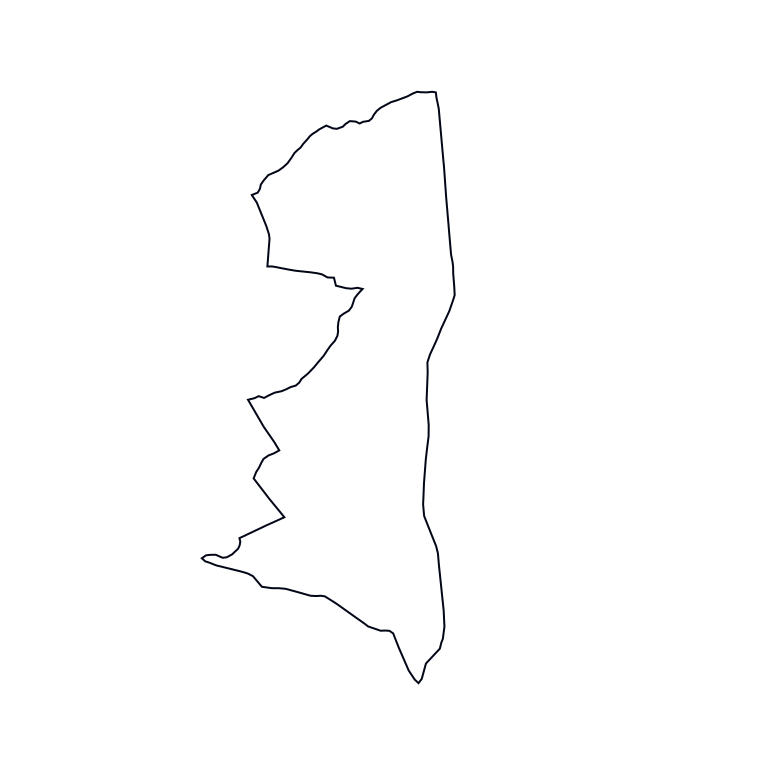 Roysambu, Nairobi, Kenya (orthographic projection), rotated 312°
{"feature_id": "3690345B88472168203612", "entity_name": "Roysambu", "entity_type": "district", "adm_level": 2, "iso_a3": "KEN", "parent_name": "Kenya", "parent_adm1": "Nairobi", "projection": "orthographic", "projection_center": [36.883, -1.208], "detail": "fine", "context": "isolated", "style": "outline", "palette": "ink", "viewbox_px": 768, "rotation_deg": 312, "n_neighbors": 0, "source": "geoboundaries", "source_scale": "gbopen_adm2", "svg_char_len": 2482}
<svg xmlns="http://www.w3.org/2000/svg" viewBox="0 0 768 768"><g transform="rotate(312 384 384)"><path d="M436.0,159.3L433.7,168.1L422.6,190.9L418.3,198.3L415.4,201.7L393.3,218.7L396.4,222.1L398.5,225.3L400.5,228.7L402.9,232.7L405.2,236.5L409.0,242.5L418.0,254.9L421.7,260.4L424.0,264.6L425.4,270.7L429.5,275.7L424.9,282.5L429.9,291.8L433.0,296.0L437.8,300.0L440.3,304.5L436.5,304.4L432.8,304.4L428.0,304.8L423.1,307.0L419.7,308.4L415.0,308.8L409.4,307.0L404.6,306.0L399.3,308.8L395.1,311.9L392.4,314.7L388.7,317.1L383.3,318.6L377.1,318.6L371.6,319.2L364.7,320.3L356.3,320.5L349.3,320.8L340.9,320.5L332.5,319.3L328.4,320.1L323.8,319.5L319.1,316.6L314.7,314.9L310.1,312.7L304.5,308.6L298.4,306.0L293.4,304.2L291.1,299.0L286.9,297.3L281.3,293.5L271.7,323.3L267.4,341.4L264.6,350.6L258.8,348.6L253.7,346.0L247.8,344.6L243.6,345.5L238.5,347.0L232.8,348.0L226.6,350.3L221.9,375.7L219.1,394.1L218.3,399.1L200.5,391.3L172.7,379.7L170.7,382.7L167.5,384.7L164.0,385.8L160.4,385.5L155.6,385.1L150.0,383.1L146.9,380.4L144.5,373.2L140.4,368.8L137.6,366.4L132.6,365.2L132.6,369.8L134.5,374.1L136.9,380.6L149.6,404.4L152.0,409.5L153.5,415.2L151.6,428.9L157.0,437.0L162.2,442.9L166.0,448.0L172.4,460.7L177.5,471.1L180.9,475.3L184.4,478.8L186.6,482.1L188.9,495.5L191.5,518.3L192.9,530.0L193.2,534.4L198.4,546.6L201.8,550.1L204.2,553.2L204.8,557.7L198.0,571.3L187.6,594.1L184.9,604.6L184.8,609.8L190.0,609.4L204.4,602.2L224.7,602.6L230.3,599.6L233.9,598.3L244.1,591.3L255.6,579.9L285.9,546.3L294.2,537.4L298.3,531.4L308.5,510.7L312.8,502.1L320.8,493.5L324.4,490.6L336.9,480.2L355.7,465.7L365.1,459.0L374.9,452.2L383.5,444.6L400.7,426.3L421.5,409.0L429.1,401.8L436.8,398.4L445.6,395.7L453.9,393.0L463.5,389.4L482.0,383.7L493.8,378.7L497.4,377.0L500.5,373.9L503.6,370.8L512.6,361.3L517.2,357.1L520.3,353.6L525.1,347.2L537.6,333.8L540.6,330.6L545.7,325.2L564.5,305.1L585.8,283.0L589.7,278.7L625.2,240.5L629.0,235.4L631.8,231.5L635.4,227.4L633.4,224.3L629.4,220.7L625.7,216.4L623.3,213.1L619.1,211.0L613.3,208.9L603.1,203.6L598.3,200.7L587.2,196.7L582.3,195.9L577.2,196.3L573.3,197.3L569.4,196.7L564.7,192.9L561.3,191.6L560.1,187.4L556.5,182.7L551.4,181.4L547.6,181.2L542.2,178.3L539.8,175.1L537.4,168.2L533.6,166.8L529.8,165.5L526.0,164.7L522.3,163.6L518.8,163.1L514.1,163.3L508.5,163.3L503.8,163.8L499.9,163.2L495.9,162.9L489.8,163.9L483.5,164.6L477.6,164.0L471.9,162.8L461.8,158.2L454.8,158.4L449.8,159.0L446.0,161.2L441.7,162.1L436.0,159.3Z" fill="none" stroke="#020617" stroke-width="2"/></g></svg>